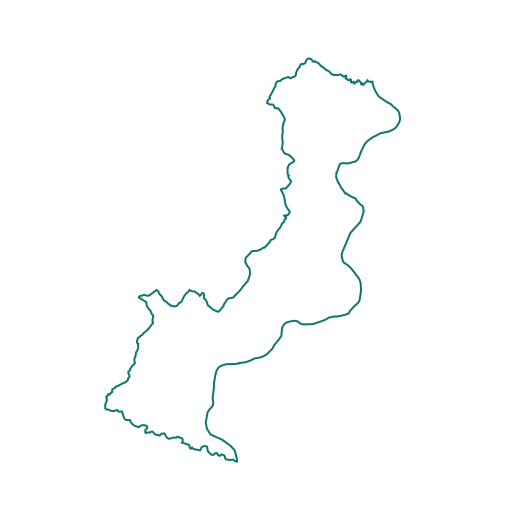 Beltrán, Cundinamarca, Colombia (Albers equal-area conic projection), rotated 194°
{"feature_id": "7082276B10333710753159", "entity_name": "Beltrán", "entity_type": "district", "adm_level": 2, "iso_a3": "COL", "parent_name": "Colombia", "parent_adm1": "Cundinamarca", "projection": "albers", "projection_center": [-74.723, 4.715], "detail": "fine", "context": "isolated", "style": "outline", "palette": "teal", "viewbox_px": 512, "rotation_deg": 194, "n_neighbors": 0, "source": "geoboundaries", "source_scale": "gbopen_adm2", "svg_char_len": 6046}
<svg xmlns="http://www.w3.org/2000/svg" viewBox="0 0 512 512"><g transform="rotate(194 256 256)"><path d="M282.3,407.1L278.9,406.3L277.2,406.9L276.3,406.9L275.3,406.5L273.2,403.9L270.9,404.7L268.9,403.7L266.7,401.9L261.9,397.0L260.9,395.2L261.6,390.8L261.3,389.7L261.3,387.3L259.8,381.6L259.9,380.5L258.9,375.7L257.8,374.0L256.8,367.1L257.1,366.2L254.9,364.4L254.0,363.0L252.2,362.3L249.0,362.1L247.6,361.7L246.7,361.0L244.4,360.0L243.3,358.8L242.2,358.2L241.9,357.6L242.0,356.9L245.9,352.8L246.7,349.4L245.3,343.6L244.5,342.4L243.6,341.9L243.9,341.3L243.6,340.3L241.6,338.2L240.2,337.4L240.2,335.6L240.8,333.7L243.4,328.7L245.0,328.5L247.9,326.7L247.8,326.1L246.4,324.8L243.4,321.0L239.8,312.9L238.0,310.7L234.1,307.3L234.0,305.2L235.4,303.2L238.4,302.0L237.7,301.2L236.5,301.4L236.0,300.5L236.0,299.7L237.2,297.6L236.8,296.0L238.7,293.8L238.9,291.3L239.7,289.0L241.2,285.8L242.1,282.7L242.0,279.0L242.5,277.6L243.6,276.4L245.6,275.1L245.9,273.3L248.1,269.0L249.9,266.1L251.4,265.4L253.1,263.4L256.8,260.9L258.3,260.7L261.3,259.5L262.5,256.9L265.5,251.9L265.0,247.6L262.2,244.3L259.7,242.6L258.3,240.0L257.6,237.8L257.4,234.5L258.1,228.9L259.2,227.8L259.6,226.3L261.1,223.7L263.5,218.0L266.3,213.4L266.6,212.6L267.2,212.1L268.0,210.2L272.2,208.3L273.4,206.9L275.6,200.8L275.4,199.4L276.4,198.0L276.9,196.3L278.7,193.1L279.3,192.7L284.3,193.5L290.8,196.5L292.5,199.4L294.1,201.1L296.3,202.5L297.0,205.7L297.4,206.7L297.8,207.0L299.4,207.1L299.9,205.1L300.9,203.7L302.4,204.9L306.7,206.7L310.0,206.2L312.3,207.0L312.5,206.1L313.4,204.5L314.1,203.7L315.8,200.2L317.4,193.5L318.1,192.6L319.4,191.8L319.7,190.2L320.2,189.4L321.0,188.3L322.2,187.6L323.4,187.2L324.7,187.4L326.8,187.2L327.9,188.0L329.9,188.5L331.8,189.8L334.5,190.6L336.1,192.1L337.2,193.7L341.0,196.2L342.2,198.1L344.5,198.8L350.0,191.8L351.8,191.1L355.2,191.3L357.0,190.0L359.0,189.1L359.5,188.3L359.7,187.4L351.5,184.8L349.8,181.1L347.2,178.6L345.3,177.5L343.0,174.4L341.2,173.3L340.9,168.5L340.7,167.5L339.9,166.9L339.7,166.2L343.3,158.1L346.5,153.8L347.3,151.9L348.9,150.3L349.1,149.3L350.3,148.5L350.9,146.6L350.7,143.4L350.2,142.9L349.0,142.4L349.1,141.3L348.0,138.4L348.1,136.7L349.0,133.5L348.7,129.1L349.2,126.6L347.6,122.5L349.7,118.9L350.7,116.1L350.7,114.6L351.9,112.6L351.2,110.9L350.5,110.4L349.5,108.7L349.6,107.9L350.4,106.6L350.3,104.7L351.9,102.0L354.2,100.5L356.0,98.8L357.2,98.0L358.3,96.5L360.4,95.5L361.1,93.7L363.1,92.0L363.2,91.0L362.5,89.7L362.6,89.2L363.9,88.1L364.3,86.4L364.9,86.1L365.9,86.2L365.9,85.0L367.2,83.3L365.8,80.2L366.3,75.2L365.4,71.7L364.4,70.9L362.1,71.3L359.1,70.7L356.5,71.0L353.5,73.0L351.5,71.8L348.6,72.7L344.5,66.5L343.2,65.7L342.4,65.5L338.5,66.3L337.7,64.8L336.7,64.0L334.8,62.7L332.7,61.9L328.5,61.6L327.9,61.9L327.2,63.2L325.2,64.4L322.7,64.9L321.2,64.7L320.3,64.0L319.9,63.1L320.0,62.1L321.1,60.6L321.3,59.8L320.7,58.1L320.2,57.6L317.5,58.9L316.1,59.1L315.3,60.2L314.4,60.6L313.0,60.1L311.9,59.1L310.7,58.4L309.8,58.3L308.3,58.8L306.2,58.4L305.4,59.3L304.9,60.6L302.0,61.7L299.2,58.7L297.0,57.7L296.1,57.6L291.6,60.1L289.6,60.3L288.5,61.6L287.9,61.9L286.4,61.3L284.1,61.3L282.9,60.6L282.5,59.4L282.6,56.9L281.5,57.2L278.0,56.5L275.8,56.8L274.7,55.9L274.1,54.1L272.8,53.3L272.2,53.5L272.0,54.5L271.7,54.7L269.8,53.6L263.3,53.9L262.7,55.4L262.6,57.0L262.1,57.8L260.2,59.1L258.4,59.3L257.3,59.1L255.6,55.0L251.6,52.5L250.5,52.4L249.1,52.9L248.0,54.6L247.0,55.3L246.1,55.2L245.2,54.0L243.3,53.3L242.6,53.5L241.4,55.1L240.8,55.3L238.5,54.6L237.7,53.9L237.0,52.3L235.8,51.5L232.8,51.6L229.5,52.7L228.4,52.8L227.1,52.0L225.2,51.7L224.7,51.9L224.7,52.6L225.4,54.4L229.7,62.3L234.9,65.7L244.6,69.6L256.8,71.8L261.6,76.2L264.4,81.9L265.2,92.4L264.0,95.9L261.8,100.0L261.9,102.9L263.8,108.0L264.8,116.7L266.0,122.7L266.6,130.7L266.6,135.1L265.4,138.4L264.4,140.0L262.5,141.6L258.7,143.8L249.8,146.3L245.9,147.9L246.1,148.3L240.6,150.3L236.6,152.9L232.7,156.2L227.5,158.5L225.6,159.7L222.8,162.1L221.3,163.9L217.7,170.0L216.6,174.3L213.5,180.7L212.1,184.7L213.3,192.6L212.3,196.4L210.4,198.8L206.4,201.1L201.5,202.8L199.6,202.5L196.9,201.2L193.7,201.0L184.2,203.7L174.2,210.2L170.1,214.0L165.8,216.1L162.5,217.0L158.8,218.7L155.3,220.5L152.2,222.7L151.5,225.4L148.6,230.9L145.9,234.7L145.2,236.4L144.8,238.4L145.7,247.7L147.8,254.8L149.7,257.9L151.8,260.0L161.2,267.4L165.6,269.7L168.8,270.6L170.7,272.3L173.1,277.4L173.3,280.2L169.9,301.5L163.2,313.8L162.7,316.4L162.3,325.5L163.9,329.2L165.0,330.3L167.6,331.4L171.3,333.8L173.2,335.8L179.2,336.9L183.7,338.6L184.3,338.1L188.2,341.6L189.1,342.0L192.9,346.3L193.9,347.2L194.2,347.2L197.4,352.1L198.1,356.0L197.8,356.0L197.0,364.8L196.3,366.2L194.4,367.0L189.1,368.1L182.4,371.8L180.8,373.8L180.0,376.2L179.2,383.8L177.5,390.9L175.6,394.5L171.7,399.3L169.1,401.4L165.1,405.1L157.3,408.9L153.8,411.6L151.4,414.3L149.3,420.4L149.4,424.3L151.7,429.6L153.5,431.5L156.9,433.4L158.7,434.0L161.9,436.0L166.5,437.1L175.1,440.3L178.4,443.1L182.1,447.4L184.2,451.0L185.3,453.4L186.8,452.6L187.9,452.5L189.4,452.8L190.4,453.5L190.6,453.0L190.4,452.1L192.8,449.6L192.9,448.5L193.3,448.1L194.0,448.1L194.6,448.8L194.9,448.0L195.3,448.0L196.5,449.8L198.7,451.3L199.4,451.3L200.1,450.7L199.8,449.7L200.0,449.4L201.7,448.5L201.8,447.4L202.7,447.1L203.3,447.5L203.5,448.5L205.3,447.5L205.9,447.6L206.4,449.8L207.1,450.3L207.9,449.3L208.8,448.9L210.7,449.8L212.0,449.9L212.2,450.3L211.8,452.3L212.2,452.8L214.8,451.2L215.5,451.4L216.4,452.4L218.6,452.5L220.5,451.1L222.6,451.2L223.7,450.5L226.7,450.8L230.0,453.0L232.2,453.3L235.8,454.8L236.9,455.6L238.6,455.8L241.8,458.1L245.3,458.9L245.9,459.3L246.8,458.5L247.6,458.4L249.2,459.5L249.8,460.3L252.7,460.5L254.3,458.7L254.7,457.7L255.0,455.0L256.4,453.8L258.1,453.4L258.9,452.7L259.5,450.2L260.9,446.7L261.4,444.0L261.1,440.8L261.5,440.0L262.3,439.2L264.2,438.1L265.2,436.9L265.9,436.8L267.7,437.4L268.5,437.2L273.0,434.2L273.9,433.3L274.7,431.8L277.3,430.7L278.1,429.8L278.6,427.2L278.1,425.3L278.6,424.6L280.8,415.2L281.4,414.4L281.3,413.3L280.7,412.8L280.5,412.0L281.7,410.9L282.4,409.4L282.3,407.1Z" fill="none" stroke="#0f766e" stroke-width="2"/></g></svg>